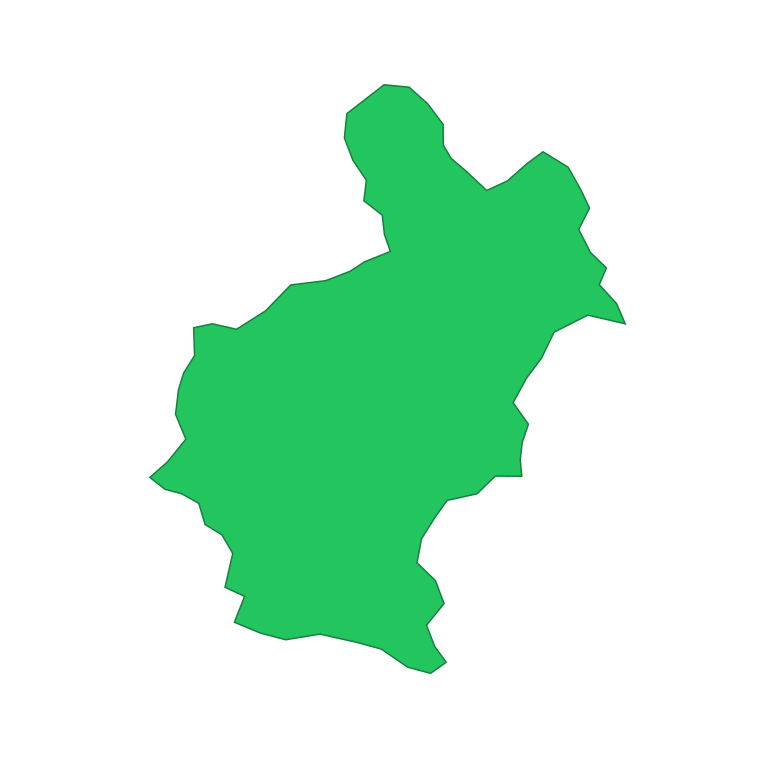 Lindóia, São Paulo, Brazil, rotated 78°
{"feature_id": "56859067B84014914436539", "entity_name": "Lindóia", "entity_type": "district", "adm_level": 2, "iso_a3": "BRA", "parent_name": "Brazil", "parent_adm1": "São Paulo", "projection": "natural_earth1", "projection_center": [-46.656, -22.513], "detail": "fine", "context": "isolated", "style": "filled", "palette": "green", "viewbox_px": 768, "rotation_deg": 78, "n_neighbors": 0, "source": "geoboundaries", "source_scale": "gbopen_adm2", "svg_char_len": 1128}
<svg xmlns="http://www.w3.org/2000/svg" viewBox="0 0 768 768"><g transform="rotate(78 384 384)"><path d="M375.3,135.5L353.9,139.7L331.6,152.8L316.8,142.3L298.2,154.7L273.3,161.4L254.7,146.4L235.5,150.9L210.3,158.8L189.9,180.2L198.1,198.2L211.0,221.1L216.0,243.3L192.4,259.8L177.3,271.4L162.8,276.3L142.3,272.2L119.0,283.0L98.9,297.7L91.3,321.7L111.8,364.1L135.1,371.6L158.7,367.9L181.1,358.9L200.6,365.6L218.5,350.6L237.8,352.5L255.7,350.2L260.4,377.6L266.7,393.8L270.8,419.7L267.7,454.6L287.8,484.6L299.8,516.9L289.4,539.4L289.4,558.5L316.8,563.4L331.6,577.7L347.0,586.3L370.3,594.2L396.8,589.3L415.3,612.2L426.7,632.5L441.5,620.1L449.3,604.7L462.2,590.0L484.3,588.2L497.8,573.9L518.3,567.2L549.8,581.8L562.7,564.5L586.0,579.9L602.0,556.6L613.7,533.4L615.3,498.8L630.7,465.1L642.7,441.8L666.0,419.7L676.7,398.6L669.1,381.0L651.5,388.9L628.8,392.6L611.2,370.9L586.9,374.6L565.8,388.9L543.2,379.5L526.2,363.0L511.0,346.5L510.7,315.7L497.2,294.3L502.9,268.4L486.5,266.5L469.8,260.9L453.4,251.1L429.2,261.6L408.1,243.6L391.4,224.5L368.7,206.9L359.0,170.4L375.3,135.5Z" fill="#22c55e" stroke="#15803d" stroke-width="1.5"/></g></svg>